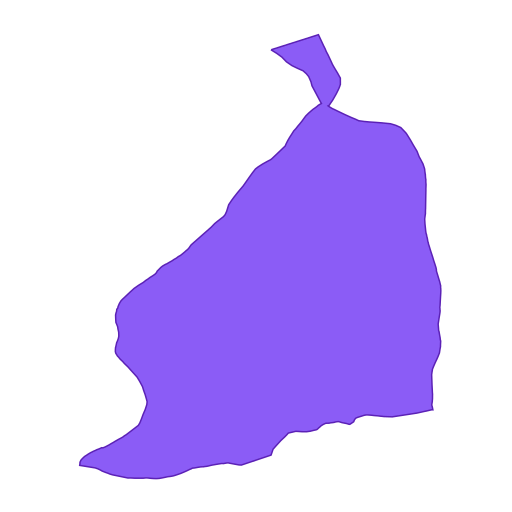 Cap Estate/Golf Park, Gros Islet, Saint Lucia (Robinson projection), rotated 268°
{"feature_id": "8701671B13840593777950", "entity_name": "Cap Estate/Golf Park", "entity_type": "district", "adm_level": 2, "iso_a3": "LCA", "parent_name": "Saint Lucia", "parent_adm1": "Gros Islet", "projection": "robinson", "projection_center": [-60.937, 14.101], "detail": "fine", "context": "isolated", "style": "filled", "palette": "violet", "viewbox_px": 512, "rotation_deg": 268, "n_neighbors": 0, "source": "geoboundaries", "source_scale": "gbopen_adm2", "svg_char_len": 5767}
<svg xmlns="http://www.w3.org/2000/svg" viewBox="0 0 512 512"><g transform="rotate(268 256 256)"><path d="M475.0,326.1L461.8,279.0L461.2,278.7L457.8,283.8L453.8,288.9L453.1,289.5L449.0,293.2L445.0,298.6L442.3,303.7L439.4,309.6L438.7,310.3L436.4,312.7L433.5,314.9L428.2,317.0L424.1,317.9L409.3,325.1L406.1,326.7L405.7,325.8L404.5,323.6L403.1,321.9L401.7,319.8L400.6,318.1L399.1,316.2L396.9,313.5L394.2,310.6L391.7,308.6L389.0,306.5L386.8,304.6L384.3,302.3L382.0,300.4L379.7,298.1L376.6,296.0L373.3,293.7L370.3,291.8L367.0,290.0L364.9,289.0L352.8,275.4L351.7,273.9L350.2,270.7L347.8,266.0L345.1,261.4L343.0,258.5L339.3,255.4L334.9,252.0L330.9,249.0L326.3,245.5L322.6,242.1L319.9,239.7L315.9,236.3L312.5,233.6L308.2,230.5L301.6,228.2L298.4,226.6L296.5,224.9L292.1,218.8L289.9,215.9L287.0,212.9L286.4,212.3L269.4,191.6L268.0,190.5L266.6,189.5L264.9,187.9L263.8,186.4L262.5,184.9L260.8,182.7L259.2,180.5L258.1,178.3L256.7,176.4L255.4,173.9L254.1,171.9L253.1,169.9L252.2,168.2L251.2,166.4L250.9,165.4L249.3,162.4L247.9,160.5L245.7,158.2L244.3,156.7L242.9,156.0L241.4,154.5L239.9,152.2L238.3,149.4L236.7,147.1L235.4,144.9L233.5,142.4L231.9,139.5L230.7,137.4L229.3,135.3L227.9,133.1L225.5,130.3L225.2,129.9L217.2,120.8L215.9,119.5L214.7,118.7L213.3,117.8L211.6,117.0L210.1,116.3L208.9,116.1L207.6,115.0L205.5,114.7L203.9,114.1L201.9,113.6L200.4,113.6L197.0,113.6L194.4,113.7L193.2,114.2L191.5,114.8L190.0,115.3L187.9,115.5L184.7,116.1L183.9,116.1L181.4,116.1L180.2,116.0L178.3,115.5L177.0,115.0L175.3,114.3L174.5,113.8L172.5,113.3L169.8,112.6L169.3,112.4L167.3,112.2L165.3,112.1L163.6,112.5L162.6,113.1L160.8,114.1L160.1,114.8L159.1,115.6L158.2,116.2L157.3,117.0L156.5,117.8L155.2,119.1L153.2,120.7L149.6,124.2L146.3,126.9L142.3,130.3L139.2,132.9L134.7,135.4L129.4,138.0L125.7,139.0L121.3,140.4L116.9,141.5L114.2,142.1L111.3,141.7L107.5,140.3L106.6,140.0L101.5,137.6L97.3,135.9L93.3,134.1L90.8,132.5L81.9,120.0L80.9,118.2L79.6,116.4L78.6,114.4L77.6,112.3L75.7,108.7L74.6,106.8L73.6,104.8L72.4,102.7L71.1,100.0L70.4,98.5L69.6,96.3L69.8,95.1L69.6,94.6L68.8,92.7L68.4,91.5L68.0,90.2L67.2,88.5L66.5,86.6L65.9,85.4L65.4,84.2L64.6,82.7L63.7,81.1L62.8,79.7L61.7,77.8L60.7,76.6L59.5,75.3L58.4,74.2L57.8,73.8L56.0,72.9L54.5,72.8L54.1,72.7L52.9,72.5L49.8,88.1L49.4,89.0L48.8,90.6L47.8,92.5L47.1,93.7L46.5,94.6L45.8,96.2L44.8,98.5L44.1,100.4L43.2,102.3L42.6,104.1L42.3,105.0L38.6,120.3L38.6,122.4L38.2,127.0L38.1,129.9L38.0,132.2L37.9,135.8L38.1,138.4L37.9,140.4L37.5,142.9L37.2,145.8L37.0,148.6L37.1,151.5L37.5,154.4L38.0,157.4L38.5,160.1L38.7,162.8L39.1,165.5L39.6,167.5L40.5,170.5L41.3,173.1L42.7,176.8L43.8,179.5L45.0,182.2L45.5,183.7L46.2,185.0L46.3,186.9L46.9,191.1L47.2,193.7L47.2,196.2L47.4,197.7L47.5,199.2L47.8,201.1L48.2,202.9L48.6,205.0L48.8,206.5L49.1,208.6L49.4,210.9L49.8,214.2L49.7,216.3L50.2,219.7L50.2,221.1L49.7,223.0L49.5,224.0L48.6,228.0L47.8,231.7L47.6,234.1L56.5,264.1L58.6,264.9L62.3,266.3L65.9,269.7L70.7,274.4L74.1,278.3L76.5,280.8L77.9,282.1L79.4,289.6L79.2,291.9L79.0,293.8L78.8,295.7L78.7,297.7L78.6,300.3L79.0,304.1L79.8,307.8L80.1,309.6L80.4,310.7L80.9,311.5L81.7,312.3L83.2,314.2L84.1,315.2L85.2,317.1L86.0,318.9L86.4,319.9L86.4,322.0L86.4,323.3L86.7,324.8L86.8,326.7L87.0,328.3L87.4,329.8L87.6,331.5L87.6,333.0L86.5,336.0L85.4,340.7L84.6,343.0L84.5,343.9L85.4,345.4L86.4,347.0L87.0,347.9L88.5,348.5L90.0,349.6L90.7,350.5L91.3,352.3L91.8,354.2L92.3,356.0L92.8,357.7L93.1,358.9L93.3,360.6L93.3,361.7L93.1,363.6L92.9,365.5L92.4,368.7L92.0,372.3L91.6,374.6L91.3,376.9L91.1,378.0L90.5,386.6L93.4,411.3L96.2,426.4L96.1,427.4L98.0,427.1L99.6,426.8L100.7,426.5L101.3,426.5L103.5,426.9L103.8,427.0L104.5,427.1L107.3,427.4L109.7,427.5L111.7,427.6L113.8,427.5L115.5,427.5L121.1,427.4L128.3,427.4L130.2,427.4L131.2,427.4L133.6,427.8L135.5,428.2L136.0,428.3L136.5,428.3L139.2,429.5L141.1,430.4L142.8,431.2L143.4,431.5L144.0,431.8L146.3,433.0L149.2,434.4L151.5,435.4L152.6,435.9L153.6,436.1L156.8,436.7L158.9,437.2L160.9,437.3L163.3,437.5L164.6,437.6L165.8,437.3L168.4,437.1L168.9,437.0L169.6,436.9L171.0,436.7L174.0,436.3L175.4,435.9L175.9,435.9L176.7,435.9L181.2,435.7L181.8,435.7L187.6,436.8L191.6,437.6L193.8,438.0L194.3,438.0L194.9,438.1L195.8,438.0L196.9,438.0L198.3,437.9L200.1,438.2L205.7,438.7L212.0,439.3L214.8,439.5L215.6,439.5L217.3,439.5L217.7,439.4L219.9,439.5L220.7,439.3L224.2,438.6L225.2,438.3L230.2,437.0L233.9,436.0L234.8,435.8L236.2,435.8L236.7,435.7L238.0,435.5L241.3,434.6L245.4,433.4L248.5,432.6L251.3,431.8L254.7,430.8L257.3,430.1L259.2,429.6L260.0,429.4L261.6,428.9L262.1,428.8L262.6,428.7L263.1,428.7L264.0,428.4L264.7,428.2L266.5,428.0L267.2,427.9L268.4,427.7L269.1,427.5L269.6,427.4L271.7,427.1L272.5,426.8L273.1,426.7L274.7,426.5L277.8,426.3L282.1,426.0L286.0,425.9L287.2,425.9L290.8,426.5L292.3,426.8L294.7,426.9L296.3,427.0L297.2,427.1L308.8,427.7L316.2,428.1L317.0,428.1L321.1,428.4L321.9,428.4L323.9,428.3L326.7,428.4L327.7,428.2L330.1,428.1L331.5,428.1L332.6,427.9L333.9,427.8L334.6,427.7L335.1,427.7L335.7,427.6L336.4,427.6L336.8,427.6L337.7,427.4L339.8,426.8L342.2,426.1L347.8,423.4L348.5,423.0L349.3,422.6L349.8,422.4L355.0,420.6L357.9,419.0L358.8,418.5L361.7,416.9L366.5,414.4L369.8,412.5L371.2,411.7L372.9,410.7L373.4,410.3L373.8,410.1L379.3,405.2L381.7,400.3L382.6,397.7L383.5,395.0L384.7,386.1L385.3,380.8L386.0,373.9L386.5,370.2L386.6,369.2L387.6,363.4L389.2,360.3L391.0,356.3L394.1,350.0L397.7,343.1L399.9,339.0L400.6,337.5L403.0,333.9L403.5,333.3L403.9,334.2L404.2,334.5L407.0,336.5L407.9,337.2L409.3,338.2L412.7,340.3L415.5,342.0L420.3,344.6L421.7,345.2L422.9,345.7L423.6,345.9L424.4,346.3L426.9,346.4L430.9,346.5L433.2,345.3L435.8,344.0L439.9,341.7L443.6,339.7L445.7,338.7L446.3,338.5L454.3,335.1L458.0,333.3L460.5,332.4L464.2,330.7L465.9,330.0L475.0,326.1Z" fill="#8b5cf6" stroke="#5b21b6" stroke-width="1.5"/></g></svg>